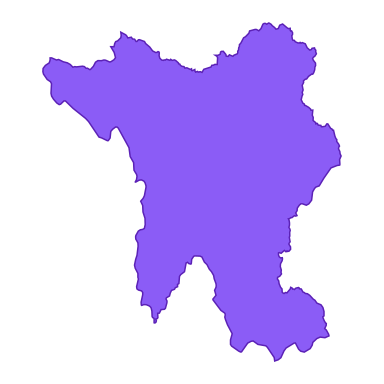 outline of Nhu Xuan, Thanh Hóa, Vietnam
{"feature_id": "81297802B29351066345319", "entity_name": "Nhu Xuan", "entity_type": "district", "adm_level": 2, "iso_a3": "VNM", "parent_name": "Vietnam", "parent_adm1": "Thanh Hóa", "projection": "equal_earth", "projection_center": [105.405, 19.598], "detail": "fine", "context": "isolated", "style": "filled", "palette": "violet", "viewbox_px": 384, "rotation_deg": 0, "n_neighbors": 0, "source": "geoboundaries", "source_scale": "gbopen_adm2", "svg_char_len": 5896}
<svg xmlns="http://www.w3.org/2000/svg" viewBox="0 0 384 384"><path d="M329.0,335.9L328.6,334.2L326.3,330.0L324.7,328.6L326.2,325.4L326.3,323.4L325.6,323.1L324.1,320.5L323.0,317.7L322.8,316.9L324.0,315.9L324.0,311.5L322.9,307.5L321.0,304.8L316.9,303.1L314.9,300.2L313.3,299.2L309.8,295.4L307.4,293.7L305.4,293.5L304.2,292.5L302.9,292.0L301.3,289.0L299.4,288.8L299.3,288.1L298.5,287.5L295.7,288.2L294.5,289.5L293.5,289.0L292.6,289.1L292.1,288.0L290.7,287.3L290.2,289.0L286.9,292.9L285.5,292.5L284.0,293.5L282.9,292.9L282.2,292.2L282.0,288.9L280.6,287.3L279.1,283.7L278.7,280.8L277.4,279.0L277.6,277.3L279.7,276.3L281.5,273.9L281.0,272.4L281.3,270.1L280.3,266.6L280.5,263.8L282.1,260.8L282.5,258.9L282.3,257.7L280.6,257.9L279.2,256.8L278.5,255.0L278.5,252.9L279.3,252.6L281.1,253.3L284.4,250.4L286.0,251.8L287.0,250.9L287.6,251.5L289.1,251.1L290.6,249.3L290.5,246.8L289.0,244.4L289.0,243.4L290.1,241.8L289.3,237.2L289.8,236.1L289.7,232.1L290.2,230.6L289.9,229.1L288.9,227.4L289.5,225.1L289.5,222.9L289.2,220.7L288.4,218.8L289.5,218.7L290.8,217.6L291.8,217.7L294.4,215.7L295.7,216.1L297.0,215.6L295.7,212.9L297.1,210.7L297.3,208.1L299.3,205.2L300.9,203.8L302.4,203.8L306.3,205.2L308.8,203.9L311.6,200.2L312.6,191.9L314.6,188.4L316.0,187.0L319.2,185.9L323.9,178.1L331.0,167.9L337.1,165.5L339.7,165.1L339.9,164.3L339.6,159.5L341.1,156.0L340.1,153.8L339.8,151.4L338.5,148.9L338.8,147.1L339.5,146.1L338.7,144.2L336.7,141.4L336.8,139.5L335.9,138.6L334.9,136.1L333.5,130.2L332.7,130.3L331.9,128.9L330.7,128.4L327.8,123.9L326.8,123.9L325.2,126.3L321.9,126.8L321.3,126.7L320.9,125.4L318.2,125.1L317.4,123.5L315.8,123.8L315.8,122.7L313.1,120.5L313.2,117.3L312.3,115.3L312.8,110.1L311.0,110.3L310.6,109.1L308.6,107.3L305.5,105.5L304.6,105.4L304.3,104.0L302.9,103.2L301.2,99.7L302.1,95.9L302.8,94.5L302.2,92.4L303.1,90.0L302.2,85.3L303.6,82.6L303.5,80.8L305.3,79.2L306.6,79.0L308.5,76.4L311.7,74.1L312.7,74.2L313.7,72.7L314.7,69.8L314.9,67.1L315.6,65.6L315.5,63.1L313.3,60.2L312.6,58.5L313.5,57.1L314.7,56.4L316.4,53.8L315.7,51.8L315.8,50.2L314.9,49.2L314.5,47.9L312.0,48.3L311.4,49.5L309.8,50.1L307.2,47.8L305.3,43.8L302.3,42.6L301.0,43.2L300.1,42.4L299.5,43.0L297.8,42.9L295.2,41.7L294.4,40.4L292.9,40.3L292.3,39.0L291.8,35.6L292.5,34.7L292.6,32.8L291.6,30.9L291.0,31.2L290.3,30.5L290.2,28.3L288.6,28.6L287.6,28.2L282.6,24.0L279.7,25.2L278.3,28.5L276.0,29.2L274.6,27.5L272.0,25.5L271.4,24.5L269.4,23.2L268.6,23.0L266.7,24.2L265.4,23.4L264.2,23.4L262.9,24.2L261.0,28.6L258.8,30.8L256.5,29.5L255.2,29.4L249.6,30.9L248.9,33.2L245.5,36.7L243.6,37.8L240.9,43.0L239.4,44.7L239.4,46.3L238.7,47.8L238.5,50.0L237.7,51.2L237.8,52.7L237.3,53.8L233.9,55.2L232.9,56.3L229.4,54.8L228.1,56.4L226.2,56.1L225.9,54.5L223.3,51.3L221.4,51.4L220.6,52.0L220.2,54.2L218.0,55.3L215.4,55.3L216.8,56.2L217.6,57.7L217.2,64.5L214.8,64.4L213.4,65.2L211.8,65.3L211.0,67.0L203.8,69.3L202.0,72.4L200.3,71.7L198.2,72.1L197.5,71.4L195.6,72.1L195.0,71.2L194.8,69.5L192.3,70.7L191.7,70.5L191.5,68.8L190.3,69.4L186.9,67.8L184.9,68.1L184.0,66.6L181.8,66.3L180.4,65.3L179.8,64.1L178.6,63.8L178.4,62.9L175.7,60.5L174.4,59.9L172.1,60.4L170.7,59.3L169.9,60.3L166.5,59.2L165.2,60.1L164.1,59.9L163.3,60.4L161.6,60.0L159.8,58.2L159.1,55.6L159.3,52.8L158.9,51.9L158.0,51.6L156.9,52.4L155.6,52.5L152.6,50.9L149.7,47.0L145.6,43.5L144.5,41.5L139.5,39.7L138.4,39.8L137.0,41.4L136.1,41.5L134.6,39.2L132.6,39.0L131.3,37.2L127.8,37.9L126.7,35.9L125.7,34.8L120.8,32.2L121.2,35.3L120.8,37.8L117.6,40.9L115.7,41.6L114.7,43.5L114.0,46.7L110.8,46.7L114.2,52.5L115.5,57.7L113.9,59.8L110.9,61.7L109.7,62.0L105.6,60.2L103.9,60.0L101.4,60.7L97.9,60.6L95.5,62.2L93.4,66.3L90.4,69.5L89.7,69.6L87.5,68.2L86.1,68.3L84.4,66.6L82.5,66.2L76.4,66.9L74.8,66.6L72.9,67.2L70.3,64.5L67.3,62.8L63.3,61.8L58.6,59.5L56.5,60.0L51.7,57.9L50.1,57.9L50.1,60.1L49.2,62.9L45.4,65.4L43.1,68.4L42.9,71.7L43.5,74.1L47.2,79.5L50.5,81.7L51.5,83.7L51.0,93.3L51.6,96.1L53.5,99.2L56.8,103.0L59.2,104.6L60.6,104.2L64.0,100.9L65.5,101.0L73.1,108.4L85.6,118.4L88.6,121.6L99.0,137.1L101.6,137.9L107.4,140.7L108.3,140.6L110.1,138.0L110.8,131.4L112.7,129.2L115.6,127.0L117.1,127.1L118.2,128.0L129.0,147.7L130.2,156.6L133.6,162.6L134.0,170.2L136.6,174.5L137.0,176.3L136.5,179.6L135.3,181.9L135.7,182.1L139.1,180.2L141.4,179.9L143.9,181.1L145.0,182.7L146.0,185.8L146.0,187.3L144.4,195.7L143.1,198.4L140.7,201.2L142.7,205.5L143.0,212.0L145.0,218.3L145.2,224.7L144.3,228.5L142.6,229.4L140.3,229.8L138.3,231.1L135.9,235.4L135.6,236.8L135.8,239.1L137.9,242.8L138.1,246.2L137.0,255.3L135.7,259.3L134.5,265.1L135.2,268.2L137.9,273.4L137.9,277.3L138.4,279.0L136.6,286.7L136.8,288.2L137.1,289.1L138.6,290.1L141.6,290.9L142.7,292.5L142.7,294.7L141.1,302.2L141.3,305.0L141.7,305.4L143.8,304.6L146.3,304.7L149.4,306.0L150.4,306.9L151.1,307.9L151.9,311.1L152.1,316.4L152.6,317.5L153.9,318.3L154.1,319.1L154.1,322.8L154.9,323.0L155.9,322.3L156.4,320.8L155.8,319.1L157.4,318.5L157.9,317.6L157.7,313.3L159.4,313.1L161.1,309.6L164.4,309.3L165.4,308.4L166.9,302.8L167.0,301.0L166.0,299.0L166.4,297.8L169.5,296.0L170.3,293.0L171.5,290.4L174.5,289.3L175.3,287.7L177.6,286.7L177.5,284.4L178.9,283.6L179.5,276.4L180.7,274.6L184.5,271.7L186.1,263.0L187.6,262.3L188.8,263.6L190.9,264.1L191.3,263.5L191.7,259.3L193.7,256.3L194.8,255.9L200.0,256.1L201.9,257.0L204.4,262.1L207.0,264.6L209.3,269.2L211.5,271.7L213.6,275.4L214.2,278.8L216.0,283.7L216.2,285.7L216.0,287.3L214.6,290.3L216.0,295.3L212.9,299.1L213.0,299.9L220.9,310.4L224.6,313.0L225.1,313.8L225.2,315.1L224.8,317.1L225.5,319.6L227.5,324.8L232.2,333.7L230.5,339.9L230.5,344.4L231.6,346.1L238.7,351.1L240.5,352.0L241.5,351.9L247.7,343.1L251.1,341.3L253.2,341.0L257.9,344.4L265.8,345.8L267.3,347.2L274.2,357.5L274.7,361.0L278.2,359.8L280.9,357.7L284.0,350.9L286.1,348.0L294.1,343.1L295.4,343.0L298.6,349.2L300.7,351.2L304.3,352.1L310.2,348.6L312.2,345.2L312.8,342.4L316.8,338.6L320.2,337.1L325.0,337.7L329.0,335.9Z" fill="#8b5cf6" stroke="#5b21b6" stroke-width="1.5"/></svg>